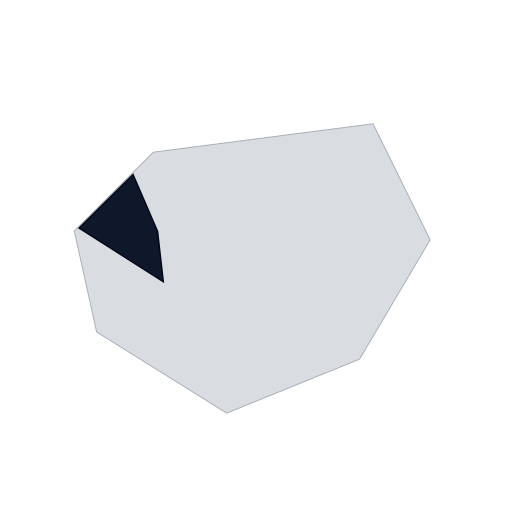 Ijuw on a map of Nauru (Mercator projection), rotated 233°
{"feature_id": "NRU-4980", "entity_name": "Ijuw", "entity_type": "state/province", "adm_level": 1, "iso_a3": "NRU", "parent_name": "Nauru", "parent_adm1": "", "projection": "mercator", "projection_center": [166.951, -0.505], "detail": "fine", "context": "in_parent", "style": "filled", "palette": "ink", "viewbox_px": 512, "rotation_deg": 233, "n_neighbors": 0, "source": "natural_earth", "source_scale": "10m", "svg_char_len": 388}
<svg xmlns="http://www.w3.org/2000/svg" viewBox="0 0 512 512"><g transform="rotate(233 256 256)"><path d="M400.7,236.5L291.2,429.0L164.1,404.8L111.3,276.6L148.2,138.0L291.2,83.0L385.3,125.9L400.7,236.5Z" fill="#d9dde1" stroke="#a8b0b8" stroke-width="1"/><path d="M384.8,131.5L395.1,206.8L334.9,192.2L291.3,166.5L384.8,131.5Z" fill="#0f172a" stroke="#020617" stroke-width="1.5"/></g></svg>